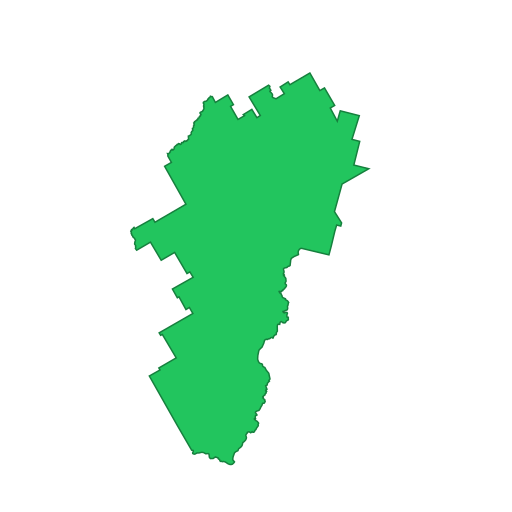 Croydon, Queensland, Australia (orthographic projection), rotated 55°
{"feature_id": "25037944B33150906552836", "entity_name": "Croydon", "entity_type": "district", "adm_level": 2, "iso_a3": "AUS", "parent_name": "Australia", "parent_adm1": "Queensland", "projection": "orthographic", "projection_center": [142.176, -18.514], "detail": "fine", "context": "isolated", "style": "filled", "palette": "green", "viewbox_px": 512, "rotation_deg": 55, "n_neighbors": 0, "source": "geoboundaries", "source_scale": "gbopen_adm2", "svg_char_len": 6149}
<svg xmlns="http://www.w3.org/2000/svg" viewBox="0 0 512 512"><g transform="rotate(55 256 256)"><path d="M263.4,379.4L266.3,379.6L266.5,377.7L293.7,379.8L292.0,399.8L294.3,400.0L293.1,412.2L349.2,417.6L378.2,420.1L379.2,419.0L379.5,419.0L380.1,419.4L380.9,420.8L381.5,421.1L382.2,420.8L383.2,419.8L383.5,417.4L384.7,415.5L385.6,413.2L386.3,412.3L387.1,411.6L389.2,410.6L390.4,408.5L391.0,408.2L391.7,408.3L393.8,409.5L394.5,409.7L395.8,409.5L397.3,407.3L397.3,404.5L397.4,404.3L397.8,404.3L398.5,403.6L399.8,402.8L400.3,403.2L401.4,402.9L401.7,402.6L402.6,402.9L403.8,403.0L404.3,402.0L405.1,401.7L405.7,400.4L406.2,400.1L406.8,399.4L409.9,398.2L411.4,397.3L412.5,396.1L413.0,394.7L412.7,392.7L412.3,391.7L409.9,391.9L409.1,391.6L407.4,390.0L404.9,386.5L404.7,384.9L405.1,382.5L403.9,380.7L403.9,378.3L403.4,376.4L402.8,375.5L401.3,373.9L401.2,371.9L400.7,369.9L399.9,368.6L399.3,368.0L397.0,367.2L396.5,366.5L395.9,364.5L395.5,364.3L395.8,362.9L396.2,362.4L397.8,361.7L397.7,359.9L398.6,359.7L399.1,358.9L398.9,357.8L398.2,357.0L398.2,356.0L398.0,355.4L397.1,353.9L396.6,352.1L396.1,351.3L395.1,350.9L394.7,350.0L394.2,349.7L392.0,349.9L390.9,350.5L390.0,350.5L389.1,351.0L388.7,350.9L388.4,350.7L388.8,349.6L387.8,349.3L386.4,347.9L386.7,347.5L386.8,346.4L386.3,346.3L384.1,346.4L383.6,345.9L383.4,345.1L383.6,343.9L384.2,342.2L383.5,340.3L382.4,338.5L381.8,336.9L380.5,335.2L380.5,334.8L381.2,334.0L381.2,333.4L380.5,332.0L380.2,331.8L379.6,331.8L379.0,331.3L378.6,331.6L376.7,331.5L376.1,331.8L375.9,331.2L375.1,331.0L375.2,330.4L375.0,330.2L374.8,329.5L375.0,328.7L374.9,328.3L374.3,327.9L374.3,327.4L373.9,326.7L374.0,326.2L373.2,325.8L373.0,325.0L371.9,325.4L371.6,325.2L371.7,324.4L371.4,323.4L370.8,323.8L370.1,323.1L367.8,322.5L368.1,320.9L366.7,319.5L366.2,316.9L365.6,317.1L365.3,316.9L364.9,315.3L364.6,315.0L359.4,312.8L355.4,313.1L352.4,312.7L351.0,313.5L350.0,313.7L348.3,312.9L347.4,313.3L346.1,314.4L345.4,314.6L344.3,314.6L342.3,314.2L341.0,313.5L338.6,311.6L334.9,307.7L334.4,305.6L334.1,303.3L332.0,299.8L329.9,297.2L329.9,296.1L330.2,295.1L330.7,294.9L331.0,294.4L330.9,293.3L331.4,292.8L331.6,291.9L331.4,290.9L331.7,290.0L332.1,289.4L332.9,289.3L333.0,288.9L332.0,287.8L331.6,286.3L331.6,285.5L331.9,284.7L331.6,284.1L330.5,283.4L329.8,281.6L325.6,278.8L324.6,277.6L324.6,276.9L325.6,275.8L324.3,274.5L324.0,273.8L324.1,273.4L324.3,272.8L326.2,272.2L326.3,271.6L326.9,271.5L327.4,270.5L327.4,270.1L326.6,268.3L326.6,267.8L326.9,266.8L326.7,266.0L326.1,265.8L325.3,265.0L324.5,264.8L324.2,265.4L323.6,265.6L321.7,264.3L321.3,263.4L320.6,263.0L319.9,263.1L319.3,263.8L318.8,265.5L317.9,265.9L316.9,265.7L317.4,264.6L317.4,263.5L318.0,261.5L317.9,261.1L317.2,260.2L315.0,258.9L314.7,258.1L313.1,256.5L312.8,255.9L310.9,255.9L308.5,256.9L307.9,256.4L305.5,257.9L304.9,257.9L304.2,257.9L303.3,257.4L302.4,257.4L301.5,257.1L299.6,257.7L298.3,257.4L298.5,256.9L299.8,255.9L299.4,255.1L299.3,254.5L299.7,254.2L299.7,253.8L299.1,253.4L299.2,251.5L298.8,250.6L298.5,249.3L297.9,248.2L297.1,247.7L296.5,247.7L295.9,248.0L295.3,247.9L294.6,247.4L294.2,246.3L293.8,245.8L291.4,244.4L288.0,244.5L287.9,243.7L287.3,243.7L287.3,244.3L285.9,243.5L285.7,242.7L284.7,241.9L282.8,241.2L282.1,240.6L282.2,239.2L282.7,238.4L283.1,237.3L282.9,235.5L283.4,234.3L283.3,233.5L280.3,230.8L279.6,230.3L278.3,228.6L278.2,228.1L278.3,225.1L279.2,220.5L278.9,220.1L278.1,219.9L277.1,219.3L276.0,218.2L275.4,216.5L275.4,215.2L275.6,214.6L276.6,213.6L296.9,195.6L290.9,188.5L280.9,177.2L276.9,172.2L280.1,169.4L278.0,166.9L264.7,166.3L246.4,144.2L249.2,113.6L237.6,123.7L221.6,105.3L215.5,110.5L200.3,90.9L185.4,103.7L192.2,112.1L177.4,110.3L177.8,105.2L157.6,103.5L157.1,108.8L137.0,106.9L135.1,130.0L131.8,129.8L131.4,139.3L139.3,139.7L138.7,149.4L136.1,151.2L134.9,151.4L134.1,150.5L133.4,150.0L132.7,149.8L130.9,149.9L129.3,150.3L128.9,150.2L128.9,148.9L127.8,148.6L126.2,148.8L125.0,147.3L123.3,147.7L121.7,170.4L143.4,171.9L143.2,175.9L133.5,175.3L132.9,185.3L133.8,185.0L134.5,184.9L133.8,192.4L118.8,191.0L119.1,187.7L107.9,186.7L106.9,201.2L100.7,200.4L100.2,200.5L99.8,201.2L99.0,201.7L99.3,202.1L99.5,203.0L99.4,203.7L100.1,204.9L99.8,205.5L100.5,206.4L100.6,208.1L99.9,209.4L99.9,210.9L100.5,211.5L101.1,211.4L102.3,211.9L103.1,213.0L103.7,212.9L104.2,213.5L104.8,213.6L105.6,214.3L105.7,214.7L106.4,215.8L106.5,216.5L106.9,216.9L106.5,218.3L106.4,219.4L106.6,219.8L107.2,220.0L108.4,219.8L108.7,220.1L108.9,221.1L109.3,221.1L109.5,221.4L109.6,222.2L109.5,222.8L110.0,223.2L110.2,223.7L109.9,224.5L110.6,225.2L110.8,225.6L110.5,225.8L110.8,226.5L110.6,226.8L110.8,227.4L110.7,228.4L111.0,229.2L110.8,229.4L111.2,229.8L111.3,230.5L111.6,230.4L111.7,230.7L112.2,230.9L112.3,231.2L113.3,231.4L113.6,232.6L114.8,233.3L115.2,234.7L115.1,234.9L115.4,235.2L116.4,235.4L117.0,235.9L117.1,237.1L117.8,238.4L119.0,239.0L119.3,240.0L119.2,240.9L119.3,241.3L119.0,242.7L120.1,243.2L120.5,243.7L121.7,244.1L121.7,245.4L122.1,246.9L121.6,247.2L121.6,248.0L120.8,248.5L121.0,249.1L120.7,249.6L121.1,250.0L121.3,250.7L120.6,251.4L120.8,251.9L120.6,252.1L121.4,253.2L121.4,253.7L121.2,254.1L120.3,254.2L120.2,254.5L119.5,254.9L119.5,255.4L119.7,255.5L119.6,255.9L119.7,256.5L119.4,256.8L119.7,257.4L119.6,258.3L120.0,260.6L121.0,261.4L121.4,262.0L121.6,263.0L121.3,263.6L121.1,263.3L120.7,263.3L120.4,263.7L120.7,264.0L120.7,264.6L120.5,265.0L120.9,266.0L121.1,266.3L121.5,266.4L121.6,267.1L121.9,267.4L122.0,269.0L121.4,269.7L122.1,269.8L123.6,270.9L130.8,271.6L130.1,279.4L173.4,283.7L170.4,319.4L166.2,319.1L164.1,339.7L162.6,339.5L162.7,340.4L163.2,341.0L163.0,341.6L163.2,342.1L163.0,342.5L163.1,342.9L163.7,343.0L163.5,343.6L163.7,343.9L163.8,343.7L164.2,344.0L164.3,344.4L165.6,344.8L165.8,345.2L166.2,345.4L166.7,345.2L167.6,345.7L169.1,345.6L169.6,345.9L170.0,345.7L170.6,345.8L171.8,345.3L172.8,345.6L173.5,345.5L174.3,346.0L175.2,347.4L175.8,347.7L176.1,348.2L176.7,348.6L178.5,348.6L179.2,349.3L179.8,349.4L180.7,350.5L182.8,350.4L184.1,334.5L205.1,336.1L206.4,320.6L230.8,322.6L231.1,319.3L237.4,319.7L235.1,343.4L245.1,344.4L245.3,342.5L259.7,344.1L259.9,340.1L266.9,340.7L263.4,379.4Z" fill="#22c55e" stroke="#15803d" stroke-width="1.5"/></g></svg>